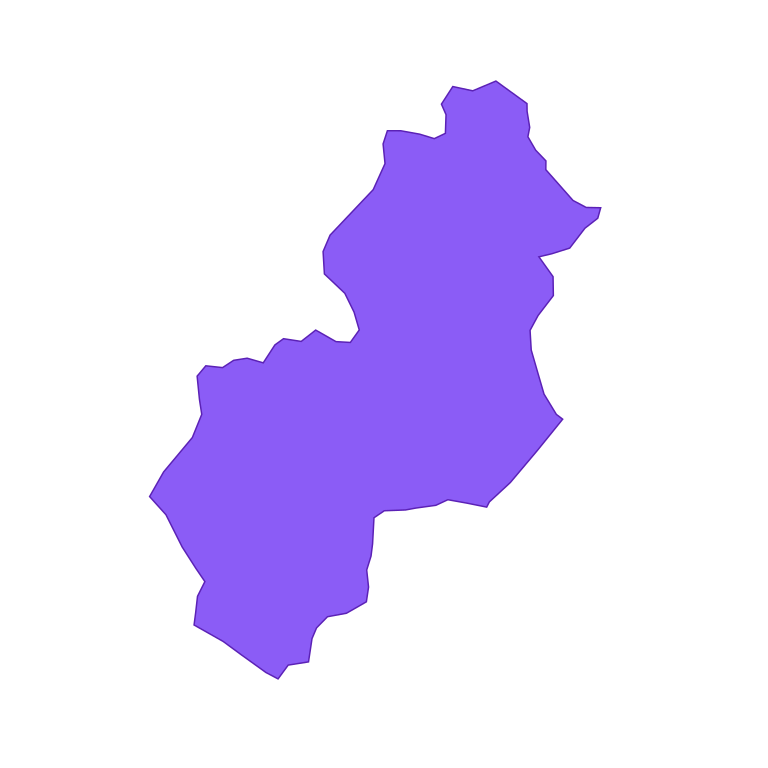 Alvesta, Kronoberg, Sweden, rotated 220°
{"feature_id": "70781695B73042132081687", "entity_name": "Alvesta", "entity_type": "district", "adm_level": 2, "iso_a3": "SWE", "parent_name": "Sweden", "parent_adm1": "Kronoberg", "projection": "equal_earth", "projection_center": [14.526, 56.874], "detail": "fine", "context": "isolated", "style": "filled", "palette": "violet", "viewbox_px": 768, "rotation_deg": 220, "n_neighbors": 0, "source": "geoboundaries", "source_scale": "gbopen_adm2", "svg_char_len": 1316}
<svg xmlns="http://www.w3.org/2000/svg" viewBox="0 0 768 768"><g transform="rotate(220 384 384)"><path d="M224.5,471.9L232.4,471.5L254.9,479.1L275.1,492.6L293.1,504.7L306.6,519.0L310.0,535.6L311.1,560.6L323.5,574.9L347.1,581.0L339.2,591.6L329.1,607.5L330.2,632.5L326.8,648.4L331.3,658.3L342.6,649.2L357.2,646.1L397.8,652.2L403.4,659.0L418.1,660.6L432.7,665.9L437.3,674.2L449.7,684.9L454.7,690.7L493.0,688.0L504.5,665.6L522.5,656.1L519.9,635.3L509.6,630.2L498.1,615.5L503.2,604.3L517.3,598.3L533.9,588.8L536.9,586.3L544.2,580.2L539.0,567.3L524.9,553.5L517.2,526.0L521.0,463.4L515.8,446.3L500.4,430.0L472.3,428.3L453.1,419.8L437.7,409.5L436.5,394.2L448.0,385.6L471.0,381.4L474.8,363.4L490.1,354.1L492.7,343.8L490.1,322.6L505.4,315.8L514.4,305.5L518.2,292.8L532.2,283.4L532.2,269.9L515.6,253.7L504.1,243.6L496.4,219.8L496.3,175.0L491.2,147.1L467.0,143.7L433.8,129.4L409.5,121.8L394.2,117.5L390.4,101.5L381.5,88.1L374.6,77.3L341.7,83.4L318.2,84.9L299.9,86.3L289.0,87.1L275.6,90.0L276.7,107.1L263.2,122.6L275.5,142.7L278.9,153.8L277.7,169.4L265.4,184.3L257.5,205.8L265.3,218.5L277.7,230.4L283.3,243.8L290.0,254.2L305.7,275.1L302.3,287.1L286.6,301.3L279.8,309.5L266.3,324.4L260.7,336.4L243.8,346.1L226.2,355.7L227.5,361.4L223.9,389.7L223.8,431.5L224.5,471.9Z" fill="#8b5cf6" stroke="#5b21b6" stroke-width="1.5"/></g></svg>